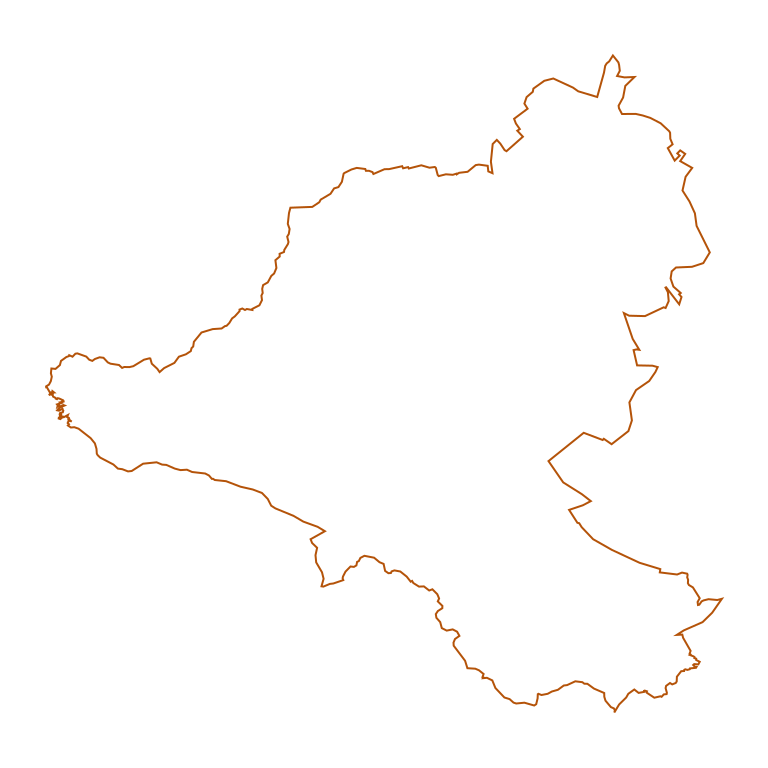 outline of Alba Iulia, Alba, Romania
{"feature_id": "2599482B11612848018350", "entity_name": "Alba Iulia", "entity_type": "district", "adm_level": 2, "iso_a3": "ROU", "parent_name": "Romania", "parent_adm1": "Alba", "projection": "robinson", "projection_center": [23.551, 46.066], "detail": "fine", "context": "isolated", "style": "outline", "palette": "amber", "viewbox_px": 768, "rotation_deg": 0, "n_neighbors": 0, "source": "geoboundaries", "source_scale": "gbopen_adm2", "svg_char_len": 6011}
<svg xmlns="http://www.w3.org/2000/svg" viewBox="0 0 768 768"><path d="M614.3,712.5L619.1,704.5L626.2,697.5L628.3,693.8L634.3,689.5L638.6,692.9L644.0,691.9L644.0,690.9L644.7,690.6L646.9,691.3L646.4,692.3L646.9,692.8L654.3,697.7L660.4,696.3L661.6,696.8L663.8,694.4L666.6,694.1L666.9,692.8L665.6,688.1L666.1,685.9L670.0,683.0L672.2,684.4L675.7,683.0L676.7,681.5L676.9,676.7L681.2,671.2L684.1,671.0L684.3,669.8L685.3,669.3L687.4,669.9L689.8,669.2L690.0,668.4L696.0,667.8L696.5,666.9L694.9,666.8L693.2,665.0L694.2,664.1L698.3,664.4L699.7,661.8L696.2,660.0L696.2,658.7L694.4,658.1L694.6,657.2L693.6,656.4L689.7,654.9L690.4,654.3L689.6,653.6L690.6,650.9L683.1,637.8L682.3,634.6L676.8,634.9L683.8,630.4L702.6,622.1L712.2,612.7L721.9,598.8L717.3,600.0L708.5,599.2L703.6,600.4L701.6,601.4L699.3,604.7L698.0,605.0L697.6,602.0L699.7,598.2L692.9,587.4L688.9,585.0L687.9,583.2L688.1,579.8L687.2,577.3L687.6,574.9L687.2,573.7L682.0,572.6L677.1,574.5L659.8,572.4L660.3,569.1L639.6,562.8L612.1,550.0L593.1,539.2L581.7,527.2L579.2,523.2L577.4,522.8L569.1,509.9L582.8,505.3L590.8,501.1L581.9,494.2L563.2,482.4L548.5,461.1L583.7,432.8L602.7,440.0L603.8,438.8L611.6,444.2L628.4,431.1L631.9,420.4L629.4,402.4L636.0,390.1L649.2,381.0L655.4,372.0L657.7,367.1L652.5,365.7L637.1,365.4L633.6,350.1L636.5,349.4L639.3,349.8L632.7,338.9L623.9,313.1L629.1,315.7L645.0,316.1L663.7,307.3L665.6,308.0L668.7,301.1L667.9,292.2L665.5,287.6L666.1,287.3L679.2,304.3L681.5,297.0L679.1,294.3L680.7,293.0L673.4,286.6L670.6,278.5L671.7,271.4L676.0,267.5L692.0,266.8L703.3,263.1L709.8,252.4L696.6,225.9L694.9,213.3L689.5,201.5L682.5,190.5L685.6,176.8L692.2,167.9L680.2,161.1L685.2,153.9L680.2,150.4L677.3,153.4L679.7,155.6L674.7,160.6L667.8,148.1L672.6,144.3L670.3,138.8L670.1,132.8L669.3,131.3L660.7,123.3L650.3,117.9L642.8,115.5L635.7,113.9L622.0,114.0L619.0,108.3L618.6,105.7L623.1,97.5L625.3,85.9L634.5,77.0L624.5,77.4L617.1,76.0L619.8,70.8L619.1,65.0L618.4,62.4L612.9,55.5L609.2,61.4L606.7,63.4L605.2,65.8L604.0,72.6L597.2,97.0L578.2,91.3L573.0,87.6L553.3,78.5L544.3,80.8L533.4,88.6L532.8,91.8L526.6,97.1L524.4,103.6L527.6,108.7L514.1,118.8L515.9,123.5L519.8,129.1L517.3,130.7L522.9,136.7L506.5,151.2L504.6,150.1L500.3,143.6L496.8,139.9L492.7,144.0L490.9,161.7L492.5,173.2L488.3,171.4L487.7,165.8L478.9,164.6L475.7,165.1L467.6,171.8L459.1,172.8L456.8,174.3L456.6,173.6L452.8,174.8L445.9,174.3L438.7,176.1L437.7,175.0L435.8,167.8L434.8,167.0L429.5,167.7L421.3,165.3L408.8,168.5L408.1,167.1L403.1,168.3L402.2,166.2L389.2,169.1L384.5,169.2L373.4,174.0L372.5,172.1L369.0,170.8L365.9,170.8L365.3,169.0L356.7,167.9L351.4,169.5L344.2,173.1L343.6,173.8L341.9,181.8L338.4,187.1L334.1,188.4L330.5,193.8L320.7,199.6L319.3,202.2L312.3,206.9L290.4,207.7L289.0,213.0L287.8,223.9L289.6,229.0L288.8,234.0L287.2,236.6L288.5,242.0L287.9,244.1L284.3,249.9L284.0,252.0L279.6,253.8L279.7,256.5L275.4,260.2L276.4,268.0L274.1,273.5L271.3,275.9L267.8,282.4L263.1,285.1L262.2,288.9L262.7,293.0L261.4,295.6L262.0,300.1L259.4,305.3L252.3,308.9L252.4,310.0L246.8,309.0L245.0,310.0L242.3,308.5L239.5,309.6L239.6,311.1L234.8,316.4L232.1,318.4L229.3,323.0L226.6,325.8L225.0,326.1L221.6,328.5L212.7,329.1L201.5,332.5L193.9,341.8L193.2,346.5L191.5,348.2L190.8,351.1L185.9,354.3L178.9,356.7L174.4,362.9L164.1,368.1L159.6,372.1L157.3,368.8L151.8,363.7L150.3,358.5L149.5,358.3L144.0,359.7L133.3,366.2L129.4,367.1L124.2,367.0L122.1,367.9L119.0,365.0L110.5,363.7L107.8,362.4L103.5,357.8L99.6,357.3L94.9,359.0L92.3,360.9L89.2,359.7L86.3,356.6L77.4,353.4L75.4,353.7L72.5,356.7L69.2,355.2L68.9,356.1L66.4,357.0L61.0,360.9L59.9,365.1L55.5,368.9L51.4,368.5L50.9,373.3L51.8,376.7L50.8,381.2L49.0,384.6L46.1,386.4L46.2,387.3L46.9,387.3L49.8,392.3L52.1,392.5L52.4,391.1L54.1,392.5L52.9,392.6L52.9,393.2L50.7,392.8L51.3,394.1L50.1,393.7L48.9,395.2L50.2,394.4L52.7,395.0L53.1,396.6L55.6,397.9L55.7,398.6L57.0,399.2L57.8,398.2L59.4,398.6L62.7,400.1L62.3,400.9L64.4,401.4L60.3,402.3L61.4,403.0L57.0,404.4L57.8,405.4L57.5,406.5L59.1,405.1L59.2,406.8L63.3,405.0L64.6,405.5L59.8,407.6L58.7,408.6L59.1,409.2L58.2,409.0L57.2,410.3L59.0,410.7L63.2,408.3L62.2,409.2L63.3,410.6L62.8,412.3L60.5,412.8L60.9,413.9L59.0,413.9L59.8,414.3L59.9,415.6L61.3,414.9L61.6,416.2L60.0,418.1L58.8,417.8L58.7,418.5L60.3,419.1L63.2,416.7L63.8,417.2L67.9,415.0L67.1,417.0L68.9,417.9L69.6,420.0L71.7,421.6L68.5,420.1L68.8,421.3L67.8,422.3L67.7,423.9L68.0,423.3L69.0,424.3L67.9,425.5L70.9,427.5L74.3,427.2L78.6,428.7L90.7,438.2L94.9,443.4L96.5,448.9L96.8,453.7L97.7,455.2L100.2,457.6L113.4,464.5L117.9,468.6L122.3,469.2L128.0,471.4L131.7,471.0L143.1,463.7L156.6,462.3L162.1,464.6L166.3,464.9L174.8,468.6L180.5,470.1L186.9,469.7L192.1,472.0L205.2,473.5L209.0,475.5L211.9,478.9L213.0,478.8L214.8,480.0L226.1,481.2L240.5,486.7L252.8,489.5L262.0,493.0L267.8,499.0L271.2,505.7L275.4,508.4L293.6,515.9L303.3,521.6L317.6,526.8L324.9,531.2L310.6,539.2L312.1,543.0L317.1,547.8L315.5,555.2L316.2,562.4L322.0,572.3L323.6,578.8L321.5,586.3L323.4,586.6L329.9,583.9L333.3,583.5L343.3,580.1L342.6,578.2L343.0,576.5L345.5,571.6L350.5,566.5L353.9,566.9L356.4,565.4L357.1,561.9L358.8,561.1L360.4,557.9L364.4,555.8L374.1,557.7L379.5,562.2L383.6,563.9L385.1,570.9L388.4,573.2L390.9,573.0L391.6,571.4L394.4,570.4L400.3,571.5L406.7,576.6L410.7,581.7L412.1,580.9L413.3,583.0L419.0,586.6L423.9,586.4L429.2,590.5L432.4,589.3L437.3,594.2L439.1,598.5L437.8,601.4L442.4,605.9L442.3,608.2L437.9,611.0L435.8,614.1L436.4,617.8L440.2,622.1L441.8,628.1L446.7,630.6L452.7,629.4L457.1,631.7L459.4,635.9L455.0,639.0L453.5,642.6L453.7,645.7L465.1,660.8L467.4,668.2L475.3,668.7L479.0,670.3L483.6,674.0L482.5,677.1L483.3,677.4L482.9,678.2L486.9,677.8L492.3,680.4L495.4,688.0L504.4,697.5L509.6,699.1L513.5,702.6L516.2,703.5L524.4,702.7L534.2,705.5L536.2,704.2L537.6,698.4L537.8,694.2L538.4,693.8L541.5,695.0L547.7,693.8L551.9,691.5L557.9,689.8L563.8,685.5L567.1,685.1L575.3,681.3L582.4,682.2L584.3,683.7L587.4,683.8L594.0,688.6L604.2,693.0L604.3,696.8L605.5,700.7L610.9,707.1L613.9,708.4L614.9,710.5L614.3,712.5Z" fill="none" stroke="#b45309" stroke-width="2"/></svg>